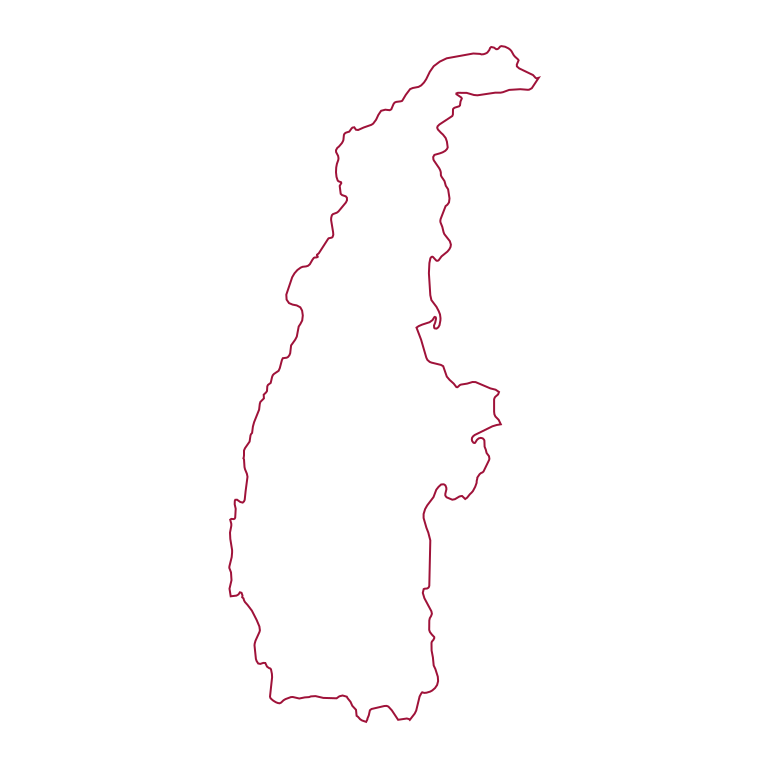 outline of Sagaing
{"feature_id": "MMR-3302", "entity_name": "Sagaing", "entity_type": "Division", "adm_level": 1, "iso_a3": "MMR", "parent_name": "Myanmar", "parent_adm1": "", "projection": "robinson", "projection_center": [95.526, 24.485], "detail": "fine", "context": "isolated", "style": "outline", "palette": "rose", "viewbox_px": 768, "rotation_deg": 0, "n_neighbors": 0, "source": "natural_earth", "source_scale": "10m", "svg_char_len": 6069}
<svg xmlns="http://www.w3.org/2000/svg" viewBox="0 0 768 768"><path d="M501.3,46.1L505.0,46.7L508.5,48.4L510.2,49.7L511.5,51.2L513.6,55.0L514.8,56.5L518.0,59.4L518.6,60.3L516.8,64.6L516.9,66.4L519.2,68.4L533.1,75.1L535.5,77.8L536.6,78.4L538.7,77.8L531.8,88.2L529.3,89.6L528.0,89.8L520.3,89.2L509.2,89.9L502.9,92.2L500.4,92.7L495.0,92.7L477.5,95.3L474.0,95.0L466.7,92.9L457.9,92.8L456.4,93.4L456.4,94.2L461.3,97.5L461.8,98.5L460.5,101.5L460.0,105.3L459.1,106.3L454.9,107.6L453.7,108.3L453.0,109.2L452.9,114.5L452.3,116.0L439.4,124.5L437.6,126.3L437.2,127.8L437.9,129.5L441.0,132.8L443.0,134.6L445.7,138.1L446.9,141.6L447.7,147.4L447.0,149.0L445.3,150.8L442.7,152.3L440.0,153.3L434.4,154.9L433.2,157.0L433.4,159.4L433.9,160.5L439.3,168.4L440.3,170.5L440.8,172.3L440.9,175.2L441.4,176.5L444.5,181.1L445.8,185.8L448.1,189.3L449.5,198.4L449.0,202.4L447.4,204.7L445.6,206.1L440.6,219.1L440.3,221.0L440.5,222.4L442.3,226.9L443.6,232.3L444.4,234.2L449.8,241.1L450.9,244.6L450.5,247.0L449.3,249.3L447.4,251.6L441.5,256.4L438.7,260.2L437.9,260.7L436.9,260.8L436.1,260.4L433.0,257.0L432.3,256.7L431.5,256.9L430.4,258.2L429.4,263.0L428.9,273.2L430.3,295.2L431.4,300.1L436.5,306.9L438.7,311.1L440.0,314.4L440.5,318.2L440.4,320.4L439.5,325.2L438.3,327.3L436.6,328.6L434.8,328.4L434.2,327.8L434.0,325.5L435.2,322.6L436.0,318.8L435.8,317.4L434.8,316.9L434.3,317.2L432.5,320.1L429.6,322.2L422.2,324.6L418.7,326.1L416.5,327.6L421.1,339.7L426.3,357.6L427.4,359.9L429.7,361.9L431.5,362.6L440.9,364.9L443.2,366.2L446.8,376.6L449.6,379.9L453.7,383.6L456.4,387.1L457.5,387.2L459.8,385.1L460.9,384.6L467.2,383.6L472.5,382.0L475.6,382.1L490.4,388.4L495.6,389.7L499.0,392.0L498.1,394.4L495.2,396.9L494.5,398.1L494.1,399.3L494.1,411.7L494.4,414.3L495.4,416.5L498.7,419.9L500.8,424.3L496.7,425.0L492.4,426.3L474.7,435.0L473.1,436.3L472.1,437.7L471.8,439.3L472.1,440.9L473.3,442.6L474.2,443.0L475.1,442.8L477.0,439.8L478.7,438.4L480.6,437.9L481.9,438.1L482.9,438.5L484.1,439.8L484.4,440.7L484.6,446.7L485.8,449.7L486.6,453.0L489.0,456.2L489.4,458.8L489.1,460.0L483.5,471.5L482.5,472.4L480.9,473.1L479.6,474.2L477.3,477.6L477.3,478.5L476.7,480.9L476.6,482.9L475.2,486.8L472.9,491.1L471.5,492.7L469.9,494.2L467.1,497.7L465.2,499.0L462.1,496.0L461.0,496.1L459.4,496.5L454.9,499.2L452.3,499.7L446.8,497.4L445.9,496.5L445.3,495.4L445.3,493.9L446.4,489.3L446.3,487.7L445.4,485.4L444.2,484.5L443.4,484.3L441.1,484.5L438.5,486.9L436.3,489.7L433.5,497.1L427.2,505.4L425.1,509.1L423.6,514.0L423.6,518.0L426.4,527.7L428.3,532.6L430.3,540.4L429.3,585.6L429.0,586.8L428.3,587.8L427.1,588.5L424.7,588.7L423.7,589.1L422.8,592.9L424.4,598.2L431.4,611.3L431.9,613.8L431.1,616.0L429.8,618.2L429.3,620.5L429.2,629.9L429.9,632.0L431.8,634.5L434.2,637.0L434.3,638.0L433.5,639.7L431.9,641.6L431.5,642.9L431.6,650.5L432.9,657.4L433.7,665.5L435.4,669.1L437.8,676.7L438.1,681.1L437.1,685.0L435.0,688.1L432.2,690.5L430.2,691.6L426.5,692.7L424.2,692.9L422.2,692.3L421.2,693.5L419.6,696.5L416.2,710.6L414.7,713.6L409.8,719.9L409.1,719.1L406.8,718.5L398.1,719.8L391.8,710.3L388.4,706.6L386.7,705.9L384.4,706.0L371.5,709.0L369.9,710.3L368.8,715.3L367.4,718.7L367.4,719.4L366.1,721.9L361.9,720.4L360.1,719.2L358.0,716.8L356.6,715.8L356.0,709.8L352.3,705.8L350.5,701.8L347.6,698.2L346.8,696.7L342.6,695.5L339.4,696.3L336.6,698.3L323.3,697.9L315.5,696.1L310.9,696.4L309.0,697.1L304.8,697.4L299.3,698.5L292.8,697.0L290.9,697.1L285.5,699.1L283.5,700.3L281.1,702.6L279.6,703.3L277.8,703.0L275.8,702.2L273.2,700.6L271.3,699.0L270.4,698.0L270.0,696.6L272.1,677.2L271.9,673.8L271.0,669.4L270.3,668.5L269.1,668.1L267.0,666.6L265.3,663.0L263.3,662.9L260.3,663.9L258.2,663.5L256.6,661.0L255.9,658.9L254.5,645.3L254.7,643.6L255.5,640.7L259.5,631.9L259.9,630.3L259.4,626.5L256.6,619.9L251.9,610.7L247.6,605.0L245.0,602.1L244.0,600.3L243.5,598.4L242.2,597.3L242.5,595.5L241.5,592.8L239.9,592.3L238.5,594.4L236.5,595.6L230.7,596.3L229.5,588.7L231.5,580.2L231.0,572.4L229.3,567.9L229.4,566.4L231.7,557.1L232.1,552.4L232.1,550.1L230.3,538.9L230.0,532.6L231.3,525.8L231.3,523.8L230.2,519.7L231.3,518.9L233.8,519.1L234.7,518.6L235.2,517.6L235.7,508.8L234.7,504.3L234.8,500.9L235.3,499.8L237.0,499.7L240.3,502.0L242.7,502.6L244.0,501.4L244.7,499.8L245.6,491.2L247.5,476.8L246.9,473.8L245.0,469.2L244.5,467.1L244.0,459.4L243.4,458.2L243.7,457.8L244.0,455.4L244.0,450.5L245.0,448.2L249.6,441.6L250.5,435.4L251.0,434.2L252.1,432.9L252.9,426.6L254.1,422.2L259.1,409.7L259.8,403.8L260.4,401.9L263.9,398.4L263.7,394.7L266.1,392.4L267.0,391.0L267.3,386.3L268.0,384.9L270.7,382.9L272.1,376.9L272.8,375.2L274.0,373.9L278.6,370.8L279.8,368.1L281.9,360.1L282.8,358.2L286.7,357.7L288.1,356.9L289.4,355.2L290.2,353.2L291.1,345.4L295.2,339.7L296.8,336.6L298.7,326.5L300.3,324.1L302.2,320.5L302.8,315.5L302.1,310.6L300.3,307.3L296.7,305.4L292.6,304.6L289.0,303.1L286.6,299.6L286.3,294.7L292.2,277.2L294.5,273.3L297.4,270.0L300.7,267.6L302.6,266.8L306.1,266.4L308.0,265.8L309.8,264.3L312.4,259.8L313.8,257.9L314.7,257.5L316.7,257.4L317.7,256.9L317.7,256.4L316.9,255.3L317.0,254.7L318.8,253.3L327.9,239.2L328.6,238.3L331.8,237.6L332.6,236.9L333.3,234.8L333.1,232.2L331.1,220.0L331.2,217.8L331.9,215.2L333.0,214.1L336.8,212.7L338.4,211.5L345.9,202.5L347.0,200.2L346.9,197.7L345.7,196.3L342.1,195.1L340.7,193.8L339.7,185.9L341.3,183.1L341.0,182.2L338.5,181.3L337.7,180.5L336.5,176.9L336.0,172.3L336.2,167.6L336.9,163.9L338.3,159.9L338.5,158.2L338.1,155.9L336.1,152.1L336.0,150.2L337.3,147.9L338.9,146.6L341.9,143.1L342.9,141.3L343.4,140.0L343.9,135.1L344.2,134.2L345.2,133.1L346.1,132.6L349.3,131.6L351.6,128.4L352.5,127.6L354.3,127.3L355.9,129.7L358.1,130.0L363.7,127.5L371.4,124.8L373.2,123.6L376.1,119.7L378.4,114.8L381.1,110.8L385.3,109.7L389.7,110.2L391.3,109.3L393.5,104.1L394.6,102.6L396.2,101.9L400.9,101.3L402.2,100.8L405.8,94.8L410.1,89.1L412.8,88.0L418.5,86.9L421.2,85.4L424.0,82.5L426.2,79.2L429.8,71.8L433.7,66.2L439.8,61.6L446.7,58.3L473.3,53.5L480.0,53.9L481.5,54.4L483.6,54.2L485.7,53.5L487.3,52.6L489.3,50.0L490.1,48.0L491.2,47.0L494.0,47.6L496.2,49.2L497.5,49.1L498.5,48.5L500.1,46.6L501.3,46.1Z" fill="none" stroke="#9f1239" stroke-width="2"/></svg>